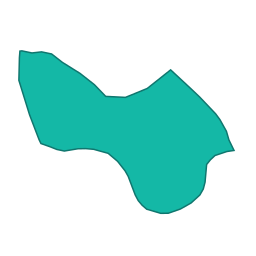 outline of Kangnam, P'yŏngyang, North Korea, rotated 263°
{"feature_id": "82179303B41089875582012", "entity_name": "Kangnam", "entity_type": "district", "adm_level": 2, "iso_a3": "PRK", "parent_name": "North Korea", "parent_adm1": "P'yŏngyang", "projection": "robinson", "projection_center": [125.6, 38.866], "detail": "fine", "context": "isolated", "style": "filled", "palette": "teal", "viewbox_px": 256, "rotation_deg": 263, "n_neighbors": 0, "source": "geoboundaries", "source_scale": "gbopen_adm2", "svg_char_len": 788}
<svg xmlns="http://www.w3.org/2000/svg" viewBox="0 0 256 256"><g transform="rotate(263 128 128)"><path d="M110.3,93.1L105.3,105.2L96.2,113.6L85.8,119.9L80.0,122.3L60.7,127.0L54.7,129.3L54.4,129.5L49.5,132.7L45.1,136.7L40.1,148.3L39.3,150.1L38.5,157.7L41.2,170.1L45.9,181.5L52.8,191.2L58.3,195.3L64.9,197.9L66.8,198.3L82.2,201.6L86.4,205.9L90.1,211.0L92.6,223.3L92.8,230.5L103.9,226.7L112.7,225.3L125.0,220.3L131.4,216.7L150.0,202.9L159.0,195.5L180.5,177.4L164.9,151.9L158.7,129.2L162.1,109.7L175.0,100.0L188.0,87.1L201.1,70.9L210.8,61.2L214.1,51.5L214.2,41.8L217.5,32.1L217.5,30.1L211.1,28.8L188.6,25.5L153.1,31.9L140.2,35.1L127.3,38.3L123.2,39.7L118.7,48.7L115.4,54.7L112.9,62.0L113.5,75.8L112.7,83.5L111.0,91.5L110.3,93.1Z" fill="#14b8a6" stroke="#0f766e" stroke-width="1.5"/></g></svg>